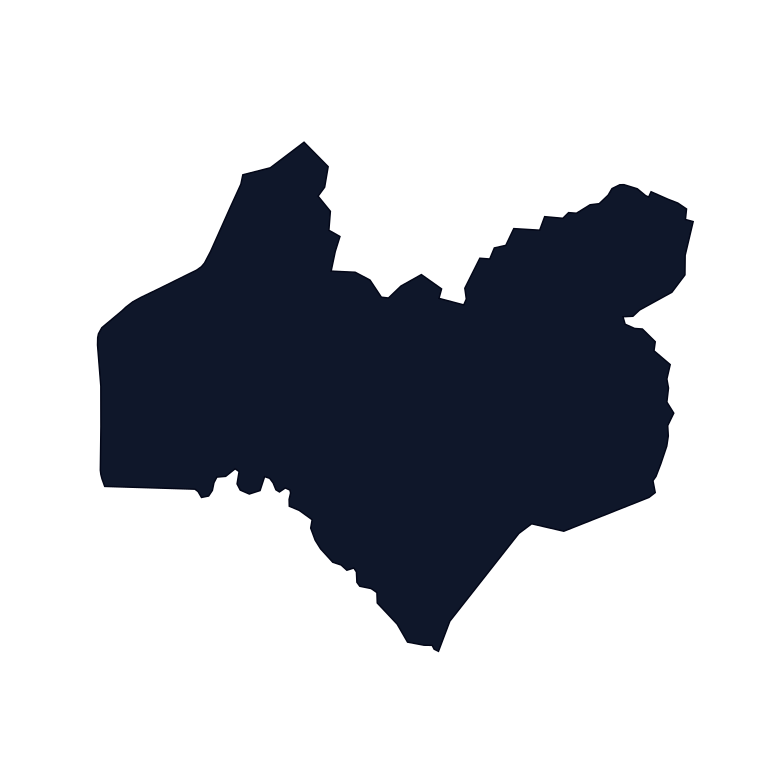 Dolores, Soriano, Uruguay, rotated 13°
{"feature_id": "84410073B84851743743013", "entity_name": "Dolores", "entity_type": "district", "adm_level": 2, "iso_a3": "URY", "parent_name": "Uruguay", "parent_adm1": "Soriano", "projection": "robinson", "projection_center": [-58.32, -33.574], "detail": "fine", "context": "isolated", "style": "filled", "palette": "ink", "viewbox_px": 768, "rotation_deg": 13, "n_neighbors": 0, "source": "geoboundaries", "source_scale": "gbopen_adm2", "svg_char_len": 1930}
<svg xmlns="http://www.w3.org/2000/svg" viewBox="0 0 768 768"><g transform="rotate(13 384 384)"><path d="M134.9,546.6L175.6,538.5L223.4,529.0L227.0,530.6L231.7,535.6L238.3,532.6L240.7,526.3L240.5,518.4L242.1,512.3L250.5,509.6L258.0,500.1L262.5,501.9L263.3,514.4L267.8,519.7L277.5,521.5L287.2,515.7L288.5,501.1L293.8,501.6L298.2,505.3L302.5,511.4L306.4,512.7L311.2,507.5L316.2,508.5L317.5,511.2L317.5,517.8L319.2,524.4L329.8,526.2L344.5,532.4L345.0,540.9L352.1,551.7L359.3,558.9L374.2,569.2L382.9,570.0L389.7,573.8L396.0,570.1L399.4,573.3L402.2,583.3L405.9,586.5L417.5,586.2L424.0,588.8L426.7,598.9L436.3,605.3L450.8,615.0L465.0,630.2L481.8,629.5L489.7,627.8L492.5,631.1L497.2,632.2L501.5,600.3L549.0,499.3L559.3,487.0L592.3,487.0L667.7,434.9L672.7,428.8L667.8,417.7L669.8,412.9L671.7,399.4L673.5,380.9L672.7,370.7L669.8,360.7L672.9,347.2L663.7,338.0L662.1,323.9L658.5,315.5L658.5,300.7L639.6,290.9L638.8,281.8L623.4,272.3L615.6,273.5L605.5,271.5L601.7,264.7L611.3,262.0L616.4,254.4L643.9,229.8L652.7,210.0L648.5,190.9L648.7,156.2L640.7,155.9L639.4,145.4L629.6,141.6L619.2,140.1L601.0,136.6L599.8,142.3L596.5,141.6L586.9,136.8L573.0,135.8L569.0,136.8L562.2,142.3L559.9,149.6L553.1,159.9L544.5,163.0L533.1,174.3L525.3,175.5L521.0,182.3L502.9,184.8L501.1,199.1L475.5,203.4L471.5,221.5L460.9,226.6L458.9,238.4L449.1,239.9L441.2,272.5L445.1,282.7L443.9,289.0L418.3,288.2L418.7,278.4L395.8,269.0L378.5,284.7L369.0,299.2L361.9,300.0L347.0,285.9L330.8,281.6L307.1,285.9L306.7,265.9L307.9,250.2L295.7,246.6L292.9,227.8L277.5,215.8L281.9,205.6L280.7,184.8L251.7,166.4L224.6,198.9L199.4,211.9L199.6,221.5L194.4,246.9L185.2,293.9L181.9,306.5L179.7,310.8L175.7,315.3L168.4,321.2L142.9,342.1L127.9,354.1L120.7,360.5L115.1,367.3L112.2,371.7L101.0,386.5L96.4,392.6L94.5,399.3L94.6,403.2L96.1,410.5L108.6,449.9L117.8,489.4L126.1,527.6L127.0,531.8L128.5,535.9L130.6,539.9L134.9,546.6Z" fill="#0f172a" stroke="#020617" stroke-width="1.5"/></g></svg>